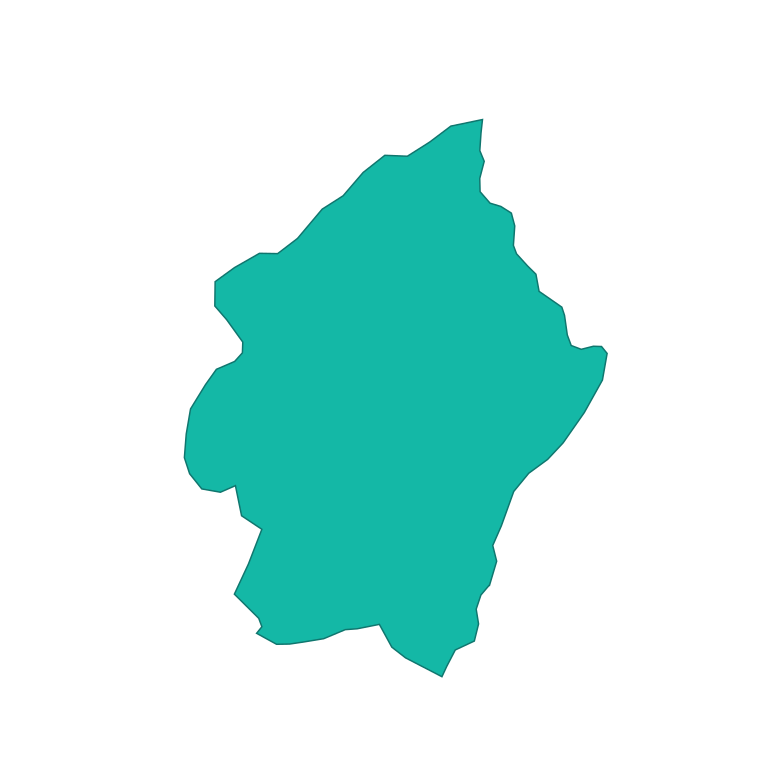 Finspång, Östergötland, Sweden (Robinson projection), rotated 295°
{"feature_id": "70781695B24148973800204", "entity_name": "Finspång", "entity_type": "district", "adm_level": 2, "iso_a3": "SWE", "parent_name": "Sweden", "parent_adm1": "Östergötland", "projection": "robinson", "projection_center": [15.801, 58.843], "detail": "fine", "context": "isolated", "style": "filled", "palette": "teal", "viewbox_px": 768, "rotation_deg": 295, "n_neighbors": 0, "source": "geoboundaries", "source_scale": "gbopen_adm2", "svg_char_len": 1215}
<svg xmlns="http://www.w3.org/2000/svg" viewBox="0 0 768 768"><g transform="rotate(295 384 384)"><path d="M246.1,564.7L271.0,561.0L283.6,550.8L305.0,550.3L341.4,547.0L364.3,552.9L384.9,564.2L406.3,571.2L442.7,577.6L479.9,580.3L506.0,573.3L509.9,565.3L506.7,557.8L498.8,548.1L498.0,537.4L505.9,529.4L522.5,518.6L528.8,512.7L533.5,485.4L547.7,475.3L551.7,464.1L558.0,449.1L564.3,442.7L582.5,435.7L592.7,427.2L594.3,414.9L592.7,403.7L598.9,389.8L610.8,383.9L628.2,380.7L636.0,372.2L652.6,365.8L665.3,361.5L646.0,335.6L622.5,323.1L600.3,308.9L591.6,288.1L566.9,275.7L537.3,267.4L518.4,255.4L516.4,254.1L479.4,244.1L457.2,232.5L449.8,215.9L426.3,199.3L405.4,187.7L383.2,197.7L375.8,214.2L362.3,238.3L352.4,242.5L341.3,239.1L326.5,225.9L308.1,222.5L279.7,219.2L276.3,220.1L255.1,225.9L232.9,234.2L220.5,245.8L217.5,251.9L211.9,263.2L216.8,281.5L229.1,292.3L204.4,310.6L200.7,334.7L163.7,337.2L130.3,337.2L118.7,369.5L112.4,375.9L104.2,373.9L102.7,396.6L108.4,408.3L116.1,420.0L127.7,437.0L145.0,452.7L150.8,463.1L164.2,481.4L148.8,502.3L144.9,519.3L143.2,560.2L154.6,560.2L173.1,561.0L189.2,574.5L206.5,571.1L218.9,562.7L233.7,561.0L246.1,564.4L246.1,564.7Z" fill="#14b8a6" stroke="#0f766e" stroke-width="1.5"/></g></svg>